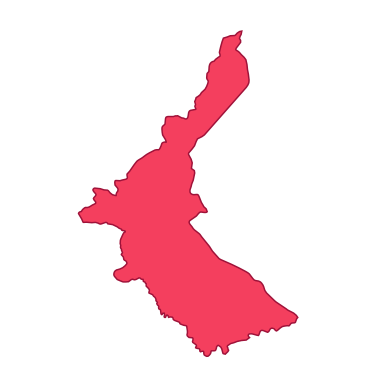 Yarula, La Paz, Honduras, rotated 183°
{"feature_id": "27666195B51928369453828", "entity_name": "Yarula", "entity_type": "district", "adm_level": 2, "iso_a3": "HND", "parent_name": "Honduras", "parent_adm1": "La Paz", "projection": "albers", "projection_center": [-88.087, 14.087], "detail": "fine", "context": "isolated", "style": "filled", "palette": "rose", "viewbox_px": 384, "rotation_deg": 183, "n_neighbors": 0, "source": "geoboundaries", "source_scale": "gbopen_adm2", "svg_char_len": 5968}
<svg xmlns="http://www.w3.org/2000/svg" viewBox="0 0 384 384"><g transform="rotate(183 192 192)"><path d="M88.2,63.4L87.8,63.7L86.4,65.7L86.0,66.1L85.2,66.4L83.0,66.7L82.4,66.9L81.9,67.4L80.8,71.0L79.8,72.2L81.4,74.3L84.2,76.4L90.4,79.2L91.9,80.3L102.1,86.4L103.7,87.6L112.2,95.0L114.1,97.5L115.5,101.2L116.3,102.8L117.7,104.6L118.9,105.7L120.7,106.5L124.0,106.9L125.2,107.3L126.7,108.7L130.5,113.2L131.9,114.2L134.6,115.6L141.1,118.6L148.7,121.8L159.8,126.0L161.5,126.9L168.5,134.0L171.8,138.6L179.9,147.6L181.8,150.0L182.8,150.9L187.5,154.2L188.8,155.4L190.2,157.3L192.2,159.5L192.9,160.5L193.3,161.5L193.2,162.4L192.7,163.3L186.3,168.3L184.4,170.9L183.2,172.1L182.1,172.5L178.6,172.2L177.2,172.3L176.2,172.6L175.8,173.2L177.0,175.9L179.5,178.0L180.1,179.1L182.1,182.1L184.7,187.8L185.5,189.2L186.2,189.7L186.9,189.8L190.1,189.4L191.6,189.6L193.0,190.3L193.8,191.3L194.1,192.6L194.1,194.1L193.2,197.3L192.7,200.0L191.4,203.9L190.3,211.1L190.8,213.5L193.3,215.1L193.8,215.6L193.3,221.1L194.6,224.7L197.3,229.1L197.5,230.0L197.3,230.9L194.1,235.0L191.9,238.3L190.5,242.6L189.3,245.4L185.0,247.8L182.6,249.7L143.3,299.3L141.8,301.8L141.0,304.0L140.9,305.4L140.9,306.9L141.9,312.7L143.0,317.1L143.8,322.2L145.1,326.9L147.0,329.2L150.0,331.8L151.8,333.7L153.0,334.7L155.0,335.8L155.5,336.2L155.8,336.7L155.4,337.9L151.3,344.0L151.4,345.9L151.8,346.6L152.4,347.3L152.6,348.0L152.1,350.0L151.2,351.9L150.7,355.3L152.7,354.8L153.8,354.1L155.2,353.0L156.8,351.0L157.6,350.5L162.0,350.0L164.8,348.7L168.7,347.3L169.8,343.7L170.9,338.8L171.9,333.2L171.9,332.6L171.1,330.4L171.1,329.3L171.5,328.8L172.9,327.8L175.4,325.7L176.8,323.8L178.5,323.2L179.5,322.5L180.5,321.4L181.1,319.9L181.4,318.2L181.5,313.2L183.1,311.2L183.2,310.5L183.3,306.6L182.7,305.2L181.8,304.1L181.6,303.0L181.9,301.2L182.9,298.2L184.3,295.3L187.7,291.8L189.0,289.5L190.8,287.9L192.8,286.5L193.3,284.4L194.0,282.5L193.1,279.7L193.1,279.0L193.5,278.3L193.6,277.6L192.6,275.5L192.5,275.0L192.7,274.7L197.8,273.4L198.7,272.8L199.2,272.0L199.5,271.1L199.9,267.2L200.2,266.0L200.8,265.1L201.5,264.7L202.4,264.6L204.3,265.3L206.2,265.5L210.3,267.4L211.2,267.2L212.7,267.1L214.5,266.4L219.9,266.1L221.0,265.8L221.7,265.4L222.1,264.7L222.3,263.7L222.5,258.6L222.9,257.9L224.5,256.4L225.0,255.7L225.3,254.7L225.3,253.3L224.9,250.2L224.3,247.4L221.3,243.0L220.4,240.9L220.4,240.4L220.7,240.3L221.6,240.5L222.5,240.3L223.6,239.9L224.4,239.3L224.8,238.4L225.3,236.5L226.1,234.4L226.6,233.4L227.1,232.7L227.7,232.4L229.2,232.4L231.1,232.0L236.2,229.1L239.4,227.0L244.0,223.2L247.0,221.2L248.4,220.1L249.4,218.8L251.2,216.2L255.2,209.7L257.8,206.5L257.8,205.5L257.3,203.1L257.4,202.4L257.8,201.9L258.7,201.3L262.3,200.3L264.5,199.5L268.5,199.5L269.2,199.3L269.5,198.5L269.6,197.4L269.2,194.9L266.7,192.2L266.2,191.4L266.0,190.6L266.2,188.9L267.1,187.6L267.4,186.7L267.6,185.7L267.5,184.8L267.6,184.5L269.0,184.6L271.4,185.2L273.7,186.8L275.6,188.9L276.5,189.4L280.0,189.5L283.8,190.5L289.4,190.8L290.4,190.3L291.0,189.4L290.9,188.4L290.1,187.2L288.1,185.1L287.7,184.2L288.1,183.2L289.7,181.2L290.1,180.2L289.3,178.8L287.8,177.2L287.6,176.4L287.7,175.6L288.7,174.9L290.6,173.9L293.8,171.7L295.8,171.0L297.5,171.0L298.5,170.5L300.1,169.0L300.9,167.9L301.4,166.8L302.7,166.4L303.6,165.8L304.1,165.1L304.2,164.5L300.7,159.2L299.3,156.3L298.9,156.0L295.8,156.3L290.4,156.1L286.8,156.6L284.5,156.1L282.6,155.3L281.8,155.2L280.9,155.4L276.7,157.1L275.9,157.1L274.9,156.6L274.4,155.8L269.6,155.3L264.8,153.3L262.9,152.0L260.5,151.1L260.3,150.9L260.3,150.4L260.1,150.2L259.5,149.9L257.7,149.8L256.7,149.4L256.6,149.0L256.7,148.6L257.9,147.8L258.7,146.3L260.7,141.2L261.0,139.9L261.0,136.6L260.4,135.1L260.5,132.9L260.1,132.0L259.4,131.2L259.4,130.3L258.3,127.9L258.4,127.4L259.3,126.1L259.3,125.7L257.2,123.6L256.5,121.0L255.8,120.3L254.7,119.9L253.9,119.0L253.4,118.0L253.3,117.3L253.5,116.7L254.9,114.9L257.2,112.8L260.0,111.3L263.3,110.2L264.6,109.2L265.4,107.9L265.7,106.5L265.7,105.1L265.0,103.7L262.1,100.7L258.3,99.3L256.5,98.7L255.6,98.6L253.7,98.7L250.7,99.1L248.0,101.4L246.6,101.8L245.2,101.3L244.3,101.4L243.2,101.8L240.4,103.5L239.3,103.3L238.3,102.4L237.4,102.2L236.3,102.2L236.0,101.5L236.1,100.7L235.9,100.3L235.3,99.9L234.3,99.6L233.7,98.5L233.0,98.1L232.8,95.6L230.6,93.6L229.5,92.2L229.4,91.1L229.8,89.7L229.6,88.8L226.0,87.4L224.9,85.9L223.6,85.0L222.9,84.1L222.3,82.6L222.3,81.5L221.4,80.7L220.8,79.9L220.9,79.5L221.3,78.9L221.1,78.2L220.5,77.3L219.6,76.6L219.3,76.1L219.3,74.6L219.1,73.8L218.7,73.3L217.7,73.1L217.4,72.7L217.1,71.6L216.6,68.8L216.3,68.3L216.0,68.0L215.6,68.0L215.3,68.4L214.8,69.4L213.3,69.5L213.0,67.7L213.3,66.2L213.2,65.7L212.8,65.4L212.3,65.3L211.9,65.5L211.4,66.8L210.9,67.6L210.6,67.7L210.0,67.7L209.4,67.2L209.2,66.3L208.7,65.6L207.7,66.0L206.6,66.1L205.0,65.9L204.3,65.0L204.1,63.9L203.6,63.4L202.5,62.8L198.3,61.5L197.5,60.9L197.2,60.0L196.8,59.6L193.4,58.5L191.1,58.2L190.3,57.8L189.3,53.0L189.2,50.8L189.5,49.6L189.3,48.3L188.8,47.7L187.4,46.6L183.8,46.4L183.4,45.9L183.3,45.0L183.4,43.5L183.7,43.0L183.4,41.9L180.0,39.7L179.5,38.7L179.5,38.2L180.2,37.3L180.2,36.6L178.8,36.1L176.7,35.9L176.0,35.1L175.8,33.5L175.2,32.9L173.4,33.5L172.4,33.5L171.9,32.9L171.7,31.1L171.3,30.0L170.1,29.2L168.8,28.7L167.5,28.8L166.2,29.9L165.1,31.5L164.7,33.0L164.7,34.0L164.2,34.4L160.8,34.7L160.0,35.5L159.5,37.3L159.3,38.8L158.4,40.0L157.6,40.2L156.7,39.7L155.1,38.6L154.1,36.9L152.7,32.6L152.3,32.2L150.3,31.8L147.9,34.4L147.2,35.6L147.2,36.0L147.7,36.6L148.2,38.5L148.7,39.4L148.6,40.1L148.3,40.5L145.4,42.7L142.5,43.6L138.9,45.2L134.8,46.3L130.1,47.0L126.9,49.6L127.9,50.5L128.4,51.8L128.1,52.6L127.3,53.3L124.7,53.5L119.7,52.4L118.2,52.2L117.7,52.9L116.7,56.2L116.1,57.0L115.4,57.4L114.7,57.5L113.7,57.4L109.9,56.1L109.1,55.9L108.5,56.3L107.9,56.9L107.0,58.8L106.5,59.5L105.8,60.0L105.0,60.2L104.1,60.1L103.1,59.8L102.5,59.4L101.5,58.2L100.7,57.8L100.3,57.7L99.3,58.4L96.6,61.0L94.8,62.3L93.3,62.8L91.0,63.3L89.5,63.5L88.2,63.4Z" fill="#f43f5e" stroke="#9f1239" stroke-width="1.5"/></g></svg>